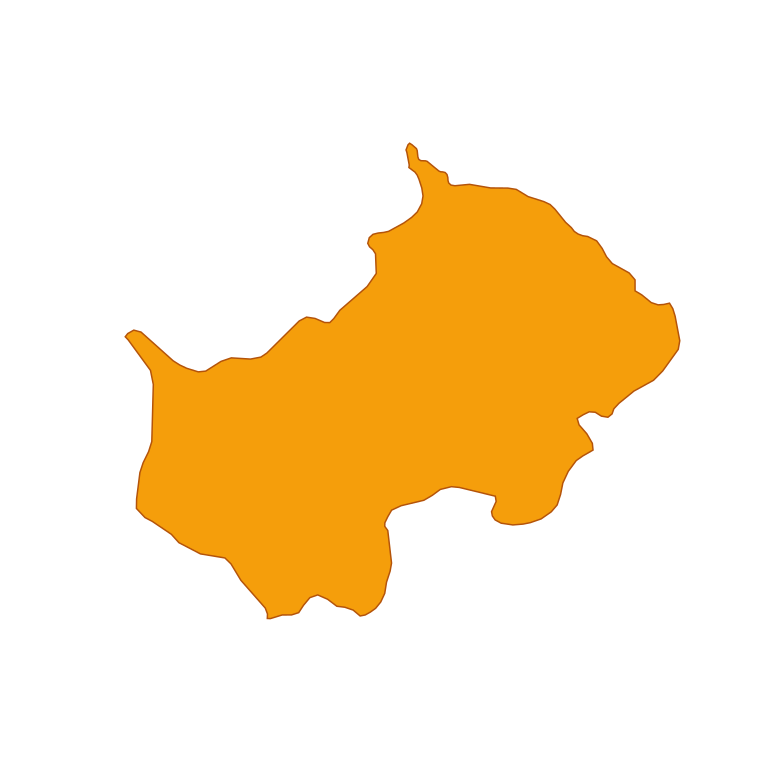 SVG path tracing the border of Kénédougou, rotated 49°
{"feature_id": "BFA-2800", "entity_name": "Kénédougou", "entity_type": "Province", "adm_level": 1, "iso_a3": "BFA", "parent_name": "Burkina Faso", "parent_adm1": "", "projection": "orthographic", "projection_center": [-5.0, 11.424], "detail": "fine", "context": "isolated", "style": "filled", "palette": "amber", "viewbox_px": 768, "rotation_deg": 49, "n_neighbors": 0, "source": "natural_earth", "source_scale": "10m", "svg_char_len": 2330}
<svg xmlns="http://www.w3.org/2000/svg" viewBox="0 0 768 768"><g transform="rotate(49 384 384)"><path d="M478.4,133.4L485.8,131.0L497.9,128.9L504.1,125.2L507.5,120.7L510.3,115.5L516.6,116.6L523.8,119.8L545.4,132.4L550.9,139.2L557.0,165.1L558.0,178.1L553.3,200.0L552.7,219.4L553.5,226.8L556.2,231.5L556.0,236.8L550.9,241.0L543.9,243.1L539.6,247.4L537.9,253.7L536.7,260.8L542.8,263.6L554.7,263.6L565.5,265.7L571.0,269.6L568.7,281.2L567.9,289.1L570.8,302.2L576.0,313.9L583.2,323.2L588.9,332.7L590.2,341.6L588.9,353.9L584.6,364.6L581.0,370.9L574.9,379.2L565.9,386.9L559.5,389.3L554.7,388.8L550.9,386.6L546.2,376.4L541.7,373.6L511.5,395.0L505.7,400.5L500.5,410.7L499.7,420.6L497.9,430.2L487.1,450.9L484.2,461.0L486.6,468.1L489.3,474.4L491.9,476.8L497.1,477.3L524.1,495.8L529.2,502.1L535.2,512.1L542.5,520.8L546.4,529.5L547.8,537.5L547.2,543.9L546.0,549.7L543.4,554.2L534.4,555.6L526.8,560.0L520.8,565.4L509.4,567.8L499.7,572.4L496.6,580.1L498.2,589.9L500.6,598.4L497.6,605.3L491.5,612.4L486.5,623.7L484.4,625.9L481.1,622.8L475.2,620.6L438.3,620.8L419.4,617.5L410.9,618.2L391.8,634.0L369.2,642.9L357.9,643.1L335.7,649.0L328.0,652.0L315.5,652.5L308.4,646.1L290.7,626.3L285.4,617.4L280.6,606.0L275.1,597.0L233.0,558.4L220.5,551.3L182.8,548.1L178.6,548.3L177.8,544.3L179.2,537.5L185.4,533.3L228.2,527.9L235.6,525.7L242.7,522.6L253.0,516.2L257.3,510.1L260.0,492.2L264.1,482.1L277.6,468.4L282.9,459.3L283.8,452.2L280.8,406.6L282.7,398.6L289.3,393.0L298.6,388.5L302.1,384.6L301.7,379.0L299.4,369.0L299.4,332.8L295.5,317.3L280.2,305.0L275.4,304.3L271.0,304.9L267.2,304.0L263.9,299.1L263.8,294.1L266.2,289.4L269.4,284.8L271.8,280.4L275.5,263.3L276.4,253.7L276.0,246.0L272.7,237.3L267.7,231.2L260.9,226.9L252.5,223.3L248.1,221.9L244.4,221.6L237.0,223.2L235.3,221.3L224.2,214.8L221.8,213.8L219.2,208.9L219.1,206.7L221.9,205.9L227.7,205.1L229.6,205.8L234.9,209.5L237.3,210.4L239.6,209.7L242.8,206.3L244.2,205.4L259.1,202.9L260.9,202.1L262.5,200.5L264.5,199.1L267.2,199.0L270.1,200.4L272.4,202.2L274.8,203.3L277.9,202.9L280.9,200.4L289.4,188.5L306.0,174.9L317.4,162.0L323.9,156.5L337.1,152.3L351.2,143.7L357.5,140.9L364.2,140.3L381.1,140.9L388.9,140.0L393.7,140.3L398.2,139.1L402.4,136.8L406.3,133.5L415.5,129.6L424.8,130.4L434.0,132.6L442.9,132.7L461.1,126.1L470.1,126.2L478.4,133.4Z" fill="#f59e0b" stroke="#b45309" stroke-width="1.5"/></g></svg>